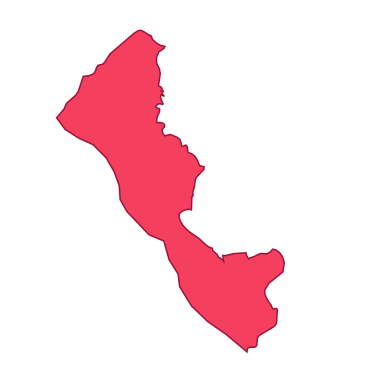 SVG path tracing the border of Edirne, rotated 139°
{"feature_id": "TUR-2240", "entity_name": "Edirne", "entity_type": "Province", "adm_level": 1, "iso_a3": "TUR", "parent_name": "Turkey", "parent_adm1": "", "projection": "mercator", "projection_center": [26.457, 41.291], "detail": "fine", "context": "isolated", "style": "filled", "palette": "rose", "viewbox_px": 384, "rotation_deg": 139, "n_neighbors": 0, "source": "natural_earth", "source_scale": "10m", "svg_char_len": 2362}
<svg xmlns="http://www.w3.org/2000/svg" viewBox="0 0 384 384"><g transform="rotate(139 192 192)"><path d="M252.2,37.5L253.6,36.8L255.4,35.3L255.4,35.5L259.7,62.2L265.2,84.2L267.1,106.5L263.4,128.7L256.3,139.3L253.7,155.9L245.4,173.5L250.5,183.8L252.5,187.9L253.9,219.9L251.2,233.4L242.8,244.4L237.5,258.1L234.4,274.1L235.6,292.6L242.1,306.9L246.5,321.7L246.7,322.4L245.6,335.7L245.5,336.8L234.1,338.6L230.0,340.6L227.8,341.3L216.0,341.3L211.3,342.8L198.2,350.6L193.3,347.3L190.5,346.3L187.7,345.9L185.3,346.8L182.6,348.4L180.0,349.3L175.4,347.0L172.5,347.3L163.2,350.0L131.4,349.8L126.9,349.0L124.4,347.6L123.0,344.1L121.9,340.0L120.4,336.5L121.7,333.1L121.2,328.1L119.5,323.1L116.9,319.6L118.2,319.3L118.7,318.8L125.2,319.5L130.5,316.9L134.3,312.3L135.8,306.3L138.4,302.1L147.7,294.1L146.5,291.6L146.6,290.1L147.1,289.3L148.8,288.5L148.2,288.3L147.7,288.2L147.5,287.9L147.6,286.8L149.2,286.4L149.9,285.9L150.1,284.7L150.1,282.3L151.0,284.4L151.2,285.4L152.3,285.4L153.6,284.1L154.6,282.0L156.0,277.5L157.0,277.5L157.6,278.7L158.5,279.8L159.7,280.5L161.2,280.7L163.5,280.1L163.4,278.6L162.3,277.0L161.8,276.1L163.9,273.9L168.8,271.6L171.2,269.7L173.0,267.4L172.5,266.6L170.8,265.8L169.0,263.5L168.5,261.5L169.0,260.0L170.5,259.1L173.1,258.8L174.5,257.6L175.7,254.9L175.6,252.2L171.0,250.0L169.5,247.6L167.1,242.4L166.7,239.1L169.6,233.2L168.4,232.2L165.8,231.4L165.8,229.6L169.0,224.5L167.0,220.6L166.4,216.5L167.2,212.1L169.0,207.1L166.3,203.1L168.3,201.3L179.2,200.2L182.1,198.6L186.6,194.5L191.4,191.4L192.4,190.3L192.8,189.3L193.6,188.6L195.4,188.3L204.1,178.9L205.9,181.2L209.2,183.1L212.9,184.1L216.1,183.7L218.3,181.5L219.9,177.6L220.7,172.8L220.7,168.0L220.0,163.3L217.2,152.1L216.3,143.6L215.5,139.6L213.6,136.3L214.7,134.0L214.0,128.1L214.8,125.3L214.2,124.0L213.8,122.5L213.6,120.8L213.6,119.0L210.4,124.0L208.7,122.2L200.9,118.1L191.1,110.7L192.6,107.8L193.1,104.5L190.4,103.8L187.4,102.5L180.8,100.8L176.1,96.4L173.1,95.4L168.5,95.9L166.8,93.4L165.6,88.8L166.2,83.8L168.7,78.2L175.8,72.0L193.5,72.7L201.7,70.2L204.0,67.0L205.4,62.8L206.2,58.6L206.3,57.0L206.4,55.6L206.6,54.3L207.4,52.3L207.5,51.0L207.0,50.2L204.9,48.9L204.6,48.0L205.3,46.5L206.4,45.4L207.6,44.5L212.6,39.1L215.4,37.1L218.5,36.7L234.7,39.5L238.0,39.1L239.7,37.8L243.4,34.0L245.5,33.4L247.1,34.2L250.3,37.0L252.2,37.5Z" fill="#f43f5e" stroke="#9f1239" stroke-width="1.5"/></g></svg>